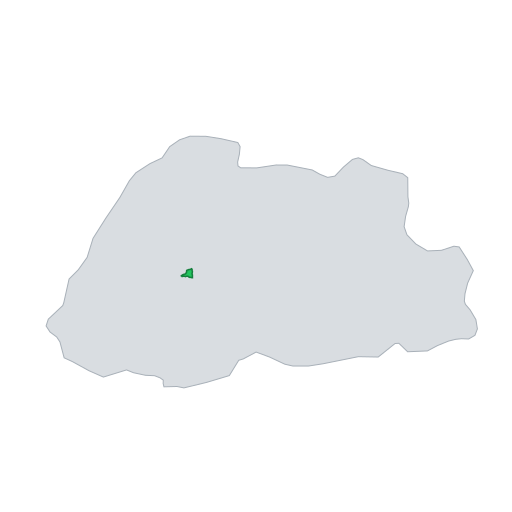 Gasetsho Gom, Wangdi Phodrang, Bhutan shown in context, rotated 355°
{"feature_id": "84629894B12235536926610", "entity_name": "Gasetsho Gom", "entity_type": "district", "adm_level": 2, "iso_a3": "BTN", "parent_name": "Bhutan", "parent_adm1": "Wangdi Phodrang", "projection": "natural_earth1", "projection_center": [89.875, 27.432], "detail": "fine", "context": "in_parent", "style": "filled", "palette": "green", "viewbox_px": 512, "rotation_deg": 355, "n_neighbors": 0, "source": "geoboundaries", "source_scale": "gbopen_adm2", "svg_char_len": 3218}
<svg xmlns="http://www.w3.org/2000/svg" viewBox="0 0 512 512"><g transform="rotate(355 256 256)"><path d="M412.8,216.6L412.1,220.1L408.5,229.5L406.1,239.7L408.2,248.0L416.3,258.0L427.3,265.9L441.2,266.5L454.0,263.5L459.2,264.7L466.2,278.0L471.2,289.5L464.5,301.4L460.9,311.8L459.6,319.2L460.4,322.4L464.6,328.3L469.5,338.5L470.2,347.9L467.2,354.1L460.6,357.2L453.5,356.3L447.7,356.4L440.5,357.5L429.1,361.0L418.5,365.5L398.7,364.6L390.7,355.4L386.9,355.3L368.9,367.3L349.2,365.2L313.4,369.2L298.5,370.2L283.1,368.8L275.3,366.3L260.8,357.9L247.7,351.7L234.4,357.4L229.7,358.4L219.0,372.8L195.8,377.6L172.7,381.1L165.9,379.1L152.9,378.3L152.4,374.9L152.8,371.6L149.8,369.0L144.5,366.4L135.5,365.2L123.8,361.6L117.1,358.2L93.4,363.3L79.6,355.7L63.9,345.2L56.0,340.7L53.2,324.5L50.4,319.3L44.2,313.8L40.8,307.4L43.6,300.8L59.2,288.5L60.5,285.6L67.8,262.6L77.8,254.2L87.7,242.6L95.2,224.2L109.7,205.2L125.5,185.8L136.4,170.0L143.6,162.6L158.5,154.7L171.0,150.1L179.6,139.5L190.0,133.6L200.7,130.9L216.5,132.4L231.4,136.1L247.8,141.4L249.7,145.7L248.3,153.2L245.9,160.8L245.9,164.7L248.4,166.8L264.4,168.3L284.0,167.1L295.0,168.1L319.5,175.2L326.7,180.1L334.2,183.9L341.5,183.3L350.8,175.1L360.5,168.2L366.5,167.1L370.9,169.3L378.7,175.9L394.9,182.1L409.3,186.8L414.0,191.2L412.5,210.2L412.8,216.6Z" fill="#d9dde1" stroke="#a8b0b8" stroke-width="1"/><path d="M190.5,263.0L190.4,263.2L190.2,263.3L190.0,263.5L189.9,263.6L189.6,263.7L189.4,263.6L189.2,263.6L188.9,263.6L188.7,263.7L188.0,263.6L187.9,263.6L187.7,263.7L187.5,263.8L187.3,263.8L187.2,263.9L187.0,264.0L186.9,264.0L186.6,264.0L186.4,264.0L186.2,264.1L185.9,264.2L185.7,264.3L185.6,264.5L185.7,264.9L185.7,265.0L185.6,265.3L185.5,265.5L185.4,265.6L185.3,265.9L185.3,266.4L185.3,266.6L185.1,266.7L184.9,266.8L184.7,266.9L184.6,267.1L184.6,267.3L184.5,267.5L184.4,267.6L184.1,267.8L183.9,267.8L183.6,267.8L183.2,267.9L182.9,267.9L182.7,267.9L182.4,268.0L182.0,268.1L181.8,268.2L181.6,268.2L181.4,268.3L181.2,268.5L180.9,268.6L180.6,268.9L180.4,268.9L180.2,268.9L179.8,269.2L179.7,269.4L179.7,269.6L179.7,269.8L179.7,269.7L179.8,269.7L180.0,269.7L180.3,269.6L180.6,269.8L180.8,269.9L180.8,270.0L181.0,270.0L181.2,269.9L181.5,269.9L181.9,269.9L182.1,269.8L182.3,269.9L182.5,269.9L182.8,269.9L183.0,269.9L183.3,270.1L183.5,270.2L183.6,270.3L183.8,270.4L184.0,270.3L184.3,270.3L184.5,270.2L184.9,270.1L185.0,270.1L185.3,270.1L185.5,270.1L185.8,270.1L186.0,270.2L186.3,270.3L186.5,270.3L186.8,270.5L187.0,270.6L187.1,270.8L187.2,271.0L187.3,271.1L187.5,271.3L187.8,271.4L187.9,271.5L188.1,271.5L188.3,271.4L188.5,271.5L188.8,271.5L189.0,271.6L189.4,271.8L189.6,271.9L189.8,271.9L190.0,271.9L190.2,272.0L190.3,272.0L190.5,272.1L190.8,272.1L190.8,271.9L190.8,271.6L190.9,271.2L190.9,270.9L190.8,270.7L190.9,270.4L190.9,270.2L191.0,270.0L191.0,269.9L191.0,269.7L191.0,269.4L190.9,269.4L190.8,269.2L190.8,268.9L190.8,268.6L190.8,268.3L190.8,267.9L190.7,267.8L190.7,267.7L190.8,267.5L190.9,267.4L191.0,267.3L191.1,267.2L191.1,266.9L191.1,266.7L191.2,266.3L191.3,266.0L191.3,265.7L191.3,265.4L191.1,265.2L191.0,264.9L191.0,264.6L191.1,264.3L191.2,264.0L191.1,263.7L191.0,263.4L190.9,263.2L190.7,263.0L190.5,263.0Z" fill="#22c55e" stroke="#15803d" stroke-width="1.5"/></g></svg>